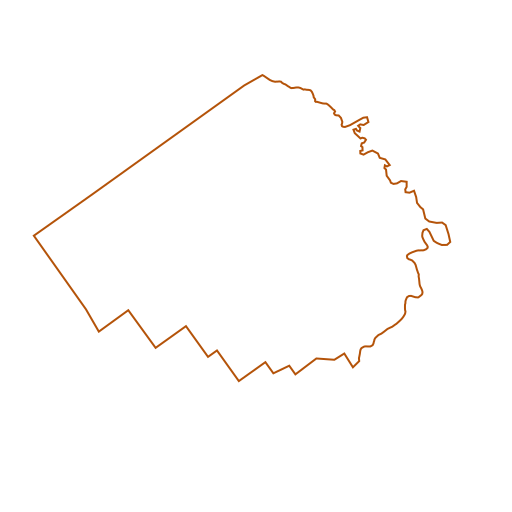 Clarion, Pennsylvania, United States of America, rotated 234°
{"feature_id": "52423323B69998039622942", "entity_name": "Clarion", "entity_type": "district", "adm_level": 2, "iso_a3": "USA", "parent_name": "United States of America", "parent_adm1": "Pennsylvania", "projection": "robinson", "projection_center": [-79.501, 41.202], "detail": "fine", "context": "isolated", "style": "outline", "palette": "amber", "viewbox_px": 512, "rotation_deg": 234, "n_neighbors": 0, "source": "geoboundaries", "source_scale": "gbopen_adm2", "svg_char_len": 3187}
<svg xmlns="http://www.w3.org/2000/svg" viewBox="0 0 512 512"><g transform="rotate(234 256 256)"><path d="M112.9,279.3L113.5,280.0L115.8,282.5L117.9,284.5L118.9,285.7L119.5,287.2L119.2,290.0L118.9,290.8L118.5,291.5L117.1,293.3L116.1,294.6L115.6,295.3L115.3,297.9L116.1,299.5L117.4,301.0L117.9,301.8L118.7,302.6L119.2,303.5L119.6,304.5L120.1,308.6L119.5,311.8L119.5,315.0L119.7,319.5L119.2,322.3L118.7,324.6L118.7,326.9L118.7,328.4L118.6,329.7L119.1,334.4L119.5,337.0L120.2,339.4L121.0,341.3L121.4,342.2L122.2,343.3L123.4,344.4L124.6,344.8L126.3,345.9L129.0,347.9L130.0,349.1L131.4,350.2L132.2,351.1L132.5,351.7L133.0,352.4L133.4,353.1L133.9,354.1L133.7,356.3L132.6,358.0L129.1,360.6L127.5,362.4L127.1,363.1L127.2,366.9L127.6,368.2L128.8,369.4L129.6,369.8L130.7,370.2L132.0,370.5L133.5,370.8L134.7,370.9L136.2,371.4L137.3,371.9L140.0,373.5L142.1,374.7L143.8,375.5L145.5,376.9L147.2,377.2L148.7,377.7L150.5,378.2L151.2,378.5L152.3,378.9L152.8,379.1L155.0,379.9L157.2,380.2L160.6,379.7L162.3,378.7L163.6,377.7L165.5,377.2L167.3,378.1L167.8,379.0L167.8,381.6L167.4,383.6L167.2,384.6L166.9,385.6L166.0,388.7L165.6,389.7L165.3,390.2L165.1,390.7L164.2,391.8L163.5,393.0L162.9,393.7L162.1,395.0L161.5,397.5L161.7,399.5L162.4,400.3L164.0,400.7L168.4,400.7L171.3,401.2L173.4,401.7L174.5,402.2L176.9,404.3L178.4,406.7L177.5,410.1L173.6,410.5L163.8,408.7L160.6,409.9L158.6,411.0L155.7,412.8L152.7,417.1L153.2,421.4L160.5,424.6L169.5,427.6L173.7,426.2L176.6,421.6L182.1,416.4L186.8,415.0L195.5,418.6L199.0,417.7L204.3,417.5L209.5,420.2L215.9,422.2L217.0,417.4L219.7,414.5L222.2,415.9L223.4,418.5L227.5,421.5L231.4,417.4L231.9,412.7L233.5,409.6L236.0,408.2L238.4,408.9L244.1,408.9L249.5,412.0L251.7,411.6L253.6,413.6L251.5,414.6L251.0,417.6L253.9,417.5L258.1,417.4L262.7,413.8L267.2,414.9L272.9,412.1L274.2,407.5L274.8,402.6L277.6,400.7L279.7,402.1L278.8,404.3L281.5,406.1L283.2,405.6L285.0,407.8L284.2,410.2L285.4,413.3L287.3,413.1L289.2,411.5L289.7,409.6L292.4,409.1L297.3,408.1L300.9,409.1L300.1,411.6L298.3,411.4L295.8,412.9L298.2,415.6L300.0,415.3L301.3,415.2L301.2,417.7L298.7,420.1L298.3,425.7L303.0,427.4L304.8,424.1L305.4,419.4L306.6,408.9L308.1,403.8L309.3,402.5L310.4,401.9L311.9,402.4L312.5,403.4L313.8,404.7L317.8,405.9L321.1,405.5L322.4,403.9L323.3,403.1L324.2,402.8L325.6,403.0L326.0,403.8L326.4,404.9L328.0,405.1L329.2,404.5L332.1,404.1L334.7,403.6L336.3,403.2L337.8,402.6L338.5,401.8L338.8,401.3L340.2,399.7L342.3,398.0L345.0,395.9L345.5,395.0L346.5,394.8L348.0,396.0L350.5,396.0L351.8,396.7L353.9,397.3L356.1,397.7L358.0,397.5L359.4,396.3L360.7,394.7L362.2,393.3L362.7,392.2L364.7,391.2L365.8,390.7L367.4,389.4L368.8,387.4L369.7,385.5L370.1,384.8L370.6,384.1L370.8,383.6L371.7,382.8L373.2,382.3L374.7,381.6L376.6,381.0L377.6,380.6L378.9,379.7L380.7,378.9L382.3,378.7L383.6,377.4L383.9,376.8L384.2,376.3L385.2,374.8L385.7,373.9L387.9,372.0L390.4,370.6L397.2,368.2L398.6,367.5L400.9,346.8L402.1,160.9L403.0,88.2L312.8,87.1L287.2,84.4L287.2,120.8L240.7,120.8L240.4,158.1L202.6,157.9L202.5,168.9L164.9,168.6L164.6,201.2L150.9,201.1L147.7,218.4L137.1,218.3L137.6,244.6L126.0,258.4L125.2,270.1L109.0,269.0L110.3,277.7L112.9,279.3Z" fill="none" stroke="#b45309" stroke-width="2"/></g></svg>